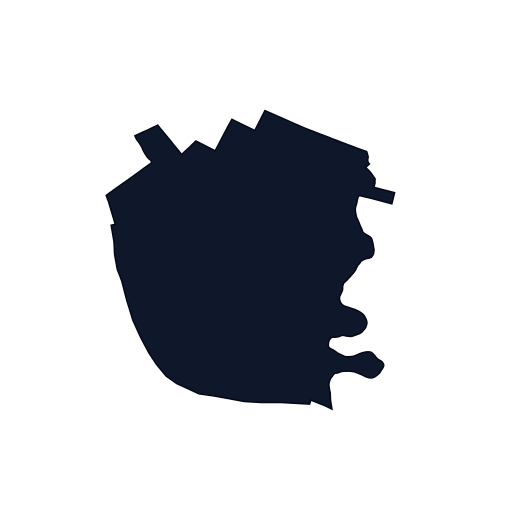 outline of Islaz, Romania, rotated 37°
{"feature_id": "2599482B76423000679583", "entity_name": "Islaz", "entity_type": "district", "adm_level": 2, "iso_a3": "ROU", "parent_name": "Romania", "parent_adm1": "", "projection": "albers", "projection_center": [24.743, 43.739], "detail": "fine", "context": "isolated", "style": "filled", "palette": "ink", "viewbox_px": 512, "rotation_deg": 37, "n_neighbors": 0, "source": "geoboundaries", "source_scale": "gbopen_adm2", "svg_char_len": 5698}
<svg xmlns="http://www.w3.org/2000/svg" viewBox="0 0 512 512"><g transform="rotate(37 256 256)"><path d="M328.6,122.0L315.1,127.6L309.9,129.7L309.5,130.0L309.0,130.2L308.6,129.3L307.8,127.8L307.3,126.4L306.9,125.9L305.6,124.1L304.7,122.7L302.2,121.9L299.2,120.9L297.6,120.4L296.5,120.2L295.2,119.9L294.0,119.7L293.3,119.6L291.4,119.5L290.2,119.4L290.5,118.7L290.7,117.0L291.2,114.2L290.4,114.1L289.6,113.8L288.7,113.3L288.0,112.8L287.6,112.3L287.3,111.9L286.9,111.2L286.6,110.5L286.3,109.9L285.9,109.4L285.6,109.0L285.2,108.7L281.6,106.0L278.3,107.0L276.4,107.6L275.5,107.9L275.4,107.9L275.1,108.0L274.9,108.1L274.2,108.3L273.7,108.5L273.4,108.5L272.9,108.7L272.3,108.9L269.6,109.7L268.7,109.9L266.1,110.7L264.7,111.1L262.8,111.7L254.1,114.2L251.5,114.9L245.9,116.6L243.5,117.2L240.3,118.1L238.0,118.8L237.4,119.0L237.2,119.0L236.6,119.2L235.8,119.4L234.8,119.8L234.7,119.8L232.9,120.3L231.7,120.6L231.4,120.7L229.6,121.2L229.4,121.3L228.1,121.6L227.2,121.9L225.4,122.4L225.2,122.4L225.1,122.5L223.3,123.0L222.3,123.3L221.9,123.4L221.5,123.5L220.1,123.9L217.2,124.7L215.6,125.1L211.3,126.1L210.6,126.3L210.4,126.3L209.9,126.5L209.6,126.5L207.0,127.2L205.2,127.5L204.1,127.8L200.7,128.6L196.0,129.7L194.1,130.1L191.1,130.8L190.1,131.1L187.3,131.7L186.0,132.0L183.3,132.7L183.2,132.7L181.5,133.1L179.4,133.6L176.9,134.2L175.8,134.4L175.6,134.5L176.0,136.6L176.8,141.4L177.6,145.7L177.8,147.0L178.0,147.8L178.2,149.0L178.7,152.0L179.0,153.8L179.4,156.0L179.5,156.5L179.4,156.5L177.7,156.8L173.3,157.7L162.8,159.8L158.9,160.5L158.6,160.6L156.1,161.0L155.7,161.1L155.4,161.1L154.9,161.3L154.5,161.3L154.5,161.6L154.8,163.8L155.2,166.3L155.2,166.6L155.3,167.4L155.5,168.4L155.5,168.5L155.5,168.9L155.9,171.4L156.0,171.5L156.4,174.4L156.5,174.6L156.5,174.8L156.6,175.5L157.0,178.0L157.4,180.2L157.5,181.3L157.6,181.9L157.7,182.0L157.7,182.6L158.1,184.4L158.4,186.6L158.5,187.4L158.6,187.6L158.7,188.1L158.8,188.7L159.3,192.0L159.9,195.6L160.1,196.6L159.7,196.6L159.0,196.8L158.6,196.8L138.8,200.3L138.6,201.1L138.3,203.4L137.9,205.6L137.6,208.0L137.2,210.3L136.7,212.7L136.3,215.0L135.9,217.3L135.6,219.6L133.7,219.2L129.8,218.2L126.0,217.3L122.2,216.4L118.5,215.4L114.7,214.5L110.9,213.6L107.1,212.7L103.2,211.8L98.7,210.6L98.2,211.7L95.9,216.0L93.8,220.3L91.3,224.7L86.9,232.9L88.0,233.5L89.4,234.2L90.2,234.6L90.9,234.9L92.8,235.4L94.8,236.0L95.9,236.4L98.4,237.4L99.7,238.0L102.4,239.6L104.0,240.3L105.4,240.9L106.3,241.3L107.3,241.6L109.3,242.4L109.5,242.4L110.6,242.6L112.4,242.9L113.6,242.9L114.7,242.9L116.4,244.4L116.5,244.6L115.3,248.1L113.8,252.9L112.4,257.7L110.9,262.6L109.4,267.4L107.9,272.2L106.3,277.1L104.8,281.9L103.3,286.6L100.8,294.6L99.9,297.8L105.8,301.6L124.5,315.4L121.8,318.6L134.1,330.2L141.7,339.4L144.0,341.6L153.3,350.2L158.5,353.4L163.9,356.8L179.2,369.0L196.6,381.6L213.0,390.5L228.4,397.7L241.5,402.4L256.5,406.0L269.5,405.6L283.0,402.6L285.2,402.2L293.4,400.4L306.4,393.2L320.3,386.2L334.0,379.4L348.3,369.9L364.2,357.9L377.7,348.9L388.0,342.0L387.8,341.6L386.5,338.1L401.5,334.0L408.8,332.6L402.2,326.2L397.8,320.8L395.2,318.5L393.4,316.8L392.1,315.4L390.7,313.4L389.7,310.7L389.3,308.2L389.3,305.1L389.3,303.9L389.4,303.0L389.6,302.3L389.9,301.9L390.5,301.3L391.3,300.7L392.2,299.3L393.3,297.6L393.9,296.7L396.4,294.4L398.4,292.9L400.5,291.4L402.6,290.2L404.3,289.3L406.9,288.5L411.9,287.2L414.3,286.7L415.6,286.6L417.9,285.9L419.6,285.2L420.6,284.6L421.9,283.7L422.7,282.6L423.3,281.8L423.9,280.1L424.4,278.7L424.9,276.4L425.1,274.6L424.9,273.1L424.8,270.6L424.6,268.8L424.4,267.6L424.2,267.2L423.8,266.4L423.2,265.8L422.2,265.3L420.8,264.7L420.1,264.6L419.1,264.6L417.0,264.9L415.6,265.1L414.8,265.0L413.6,264.8L413.0,264.8L412.5,264.7L411.9,264.3L407.8,263.6L406.5,263.5L405.3,263.8L404.2,264.4L402.9,265.3L401.5,266.5L400.1,268.1L398.8,269.8L397.6,271.6L395.5,275.3L394.3,277.3L392.4,279.2L389.8,281.3L388.3,282.4L387.0,282.9L382.7,283.8L379.4,284.4L376.7,284.4L373.8,284.6L371.4,285.1L370.4,285.2L369.3,285.0L368.6,284.8L367.9,284.3L367.3,283.5L366.3,282.0L365.3,279.7L365.1,278.5L365.1,277.6L365.1,276.6L365.4,275.9L365.9,275.0L366.5,274.3L367.5,273.7L368.3,273.1L370.2,271.1L371.0,270.1L372.1,268.1L373.0,267.2L374.3,266.4L375.9,265.8L377.3,265.0L379.6,263.6L380.6,262.8L381.6,261.6L385.1,256.2L386.1,254.0L386.4,252.6L386.5,251.1L386.7,249.0L386.7,247.9L386.1,245.4L385.3,243.3L384.2,241.9L382.7,240.7L380.9,239.7L378.0,238.4L376.9,238.2L375.6,238.1L373.9,238.1L371.4,238.3L367.9,239.0L363.5,240.4L357.7,242.4L356.1,242.9L354.9,242.9L354.0,242.9L353.2,242.7L352.5,242.6L351.4,242.1L350.6,241.7L349.7,241.0L348.5,240.0L348.1,239.6L347.8,239.0L347.4,238.5L347.1,237.6L346.6,235.2L346.1,232.9L345.9,232.0L345.6,231.2L344.7,229.7L344.0,228.8L343.5,228.2L343.3,227.8L342.6,225.7L342.4,224.8L342.9,221.9L343.2,220.2L343.3,218.7L343.4,217.4L343.6,216.1L343.7,215.1L343.8,213.6L344.0,210.7L344.0,208.9L343.9,207.7L343.8,206.7L343.4,205.0L343.1,203.0L342.9,202.0L342.9,201.6L343.1,200.7L343.2,199.8L343.2,198.7L343.0,197.7L343.0,197.1L343.3,196.1L343.7,195.1L344.4,193.8L345.4,192.0L346.1,191.2L347.4,189.9L348.2,188.7L348.7,188.0L348.8,187.6L348.9,187.0L348.9,186.1L348.8,184.6L348.3,183.0L347.4,181.4L346.5,179.9L344.7,178.3L342.6,176.3L340.3,174.3L338.8,173.2L338.1,172.7L337.4,172.4L336.8,172.2L336.4,172.1L335.6,172.1L334.4,172.1L330.7,172.6L329.3,172.7L327.2,172.7L325.6,171.7L323.9,170.6L321.8,169.5L319.2,168.0L317.6,167.0L316.0,166.1L313.8,165.0L312.2,163.9L309.8,161.7L308.2,160.2L307.2,158.9L306.4,157.6L305.5,155.5L305.0,154.0L304.5,152.8L303.7,151.3L302.6,148.9L302.1,147.7L302.1,147.3L302.0,147.0L302.1,146.2L302.2,145.5L309.5,142.3L312.4,141.0L315.8,139.6L333.1,132.6L331.6,129.0L328.6,122.0Z" fill="#0f172a" stroke="#020617" stroke-width="1.5"/></g></svg>